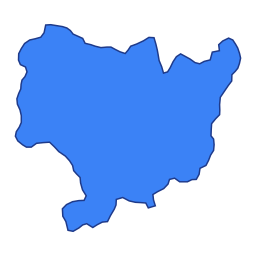 the district of Goianá, Minas Gerais, Brazil
{"feature_id": "56859067B11072969012778", "entity_name": "Goianá", "entity_type": "district", "adm_level": 2, "iso_a3": "BRA", "parent_name": "Brazil", "parent_adm1": "Minas Gerais", "projection": "albers", "projection_center": [-43.187, -21.563], "detail": "fine", "context": "isolated", "style": "filled", "palette": "blue", "viewbox_px": 256, "rotation_deg": 0, "n_neighbors": 0, "source": "geoboundaries", "source_scale": "gbopen_adm2", "svg_char_len": 1848}
<svg xmlns="http://www.w3.org/2000/svg" viewBox="0 0 256 256"><path d="M148.3,207.9L155.3,205.8L153.5,199.9L152.9,194.5L157.7,191.6L163.7,188.6L168.0,184.1L169.5,179.4L174.6,178.2L179.7,181.8L187.4,181.8L191.9,179.6L196.3,179.4L199.1,174.3L200.0,168.3L206.0,165.4L208.6,160.3L210.6,155.1L213.6,150.4L214.1,144.7L213.6,139.1L211.0,135.8L211.2,130.2L211.6,123.7L215.6,118.8L219.6,114.7L219.8,110.1L219.6,104.6L220.3,97.3L224.9,90.5L228.3,85.5L231.7,81.0L231.9,74.7L235.2,71.4L237.8,68.2L239.4,63.6L240.6,58.1L239.5,53.3L237.7,48.0L235.6,44.3L232.8,40.0L228.6,38.1L222.7,41.0L218.7,44.7L219.4,50.7L212.3,52.1L210.2,59.9L204.2,61.4L199.7,63.8L195.0,62.6L190.0,59.0L184.7,56.1L180.6,53.9L176.4,56.7L173.1,61.7L170.2,67.7L167.6,71.9L163.5,73.1L161.7,66.8L159.1,60.5L158.2,55.1L157.3,50.1L155.9,44.2L154.0,37.7L148.9,37.4L143.5,40.8L136.7,44.0L130.7,46.2L128.1,50.1L125.2,53.5L120.2,51.9L115.4,49.5L111.0,47.1L106.8,47.1L100.9,47.6L95.2,46.2L90.9,44.7L85.1,43.3L82.7,38.4L77.6,36.1L73.1,34.1L70.4,30.6L66.9,28.0L62.5,26.6L57.0,25.7L50.7,24.7L45.7,25.0L44.1,32.7L40.8,37.2L35.1,38.8L29.7,40.0L24.6,43.5L21.3,48.6L18.7,53.7L18.5,60.1L20.4,64.6L25.5,67.0L27.0,71.9L25.0,76.6L22.0,80.1L21.1,84.3L20.8,88.9L18.7,93.5L16.9,98.8L17.4,104.2L20.0,109.9L21.3,115.7L21.3,122.5L19.3,127.1L16.3,131.7L15.4,136.2L17.8,140.9L22.6,144.8L26.4,147.1L31.3,147.1L36.5,143.3L43.3,142.6L49.6,142.2L54.4,146.8L58.8,151.6L65.4,156.1L69.6,160.8L72.6,165.5L73.7,170.7L76.6,174.0L80.1,177.5L80.6,183.0L82.5,189.8L86.2,195.8L84.1,200.4L78.8,200.6L72.5,201.7L66.5,204.6L62.4,208.8L62.8,216.2L65.9,221.6L68.0,230.3L73.1,231.3L79.0,227.9L82.7,224.9L86.7,223.7L92.8,227.5L97.4,224.6L102.3,222.1L107.5,221.6L110.4,215.7L114.3,209.1L116.0,205.0L116.3,199.4L122.7,197.5L129.2,200.9L135.4,202.3L140.8,202.6L145.8,203.0L148.3,207.9Z" fill="#3b82f6" stroke="#1e3a8a" stroke-width="1.5"/></svg>